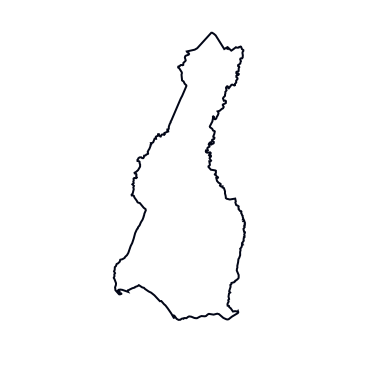 El Retén, Magdalena, Colombia (Albers equal-area conic projection), rotated 240°
{"feature_id": "7082276B19803419989566", "entity_name": "El Retén", "entity_type": "district", "adm_level": 2, "iso_a3": "COL", "parent_name": "Colombia", "parent_adm1": "Magdalena", "projection": "albers", "projection_center": [-74.323, 10.652], "detail": "fine", "context": "isolated", "style": "outline", "palette": "ink", "viewbox_px": 384, "rotation_deg": 240, "n_neighbors": 0, "source": "geoboundaries", "source_scale": "gbopen_adm2", "svg_char_len": 6056}
<svg xmlns="http://www.w3.org/2000/svg" viewBox="0 0 384 384"><g transform="rotate(240 192 192)"><path d="M252.6,179.1L250.6,176.6L250.3,175.8L248.9,173.7L247.4,173.3L247.0,172.8L247.3,171.3L246.9,170.0L247.4,168.7L246.0,167.5L245.7,166.7L246.2,165.8L247.5,165.3L248.2,163.8L248.0,162.4L247.6,162.0L247.1,160.8L246.1,160.3L245.1,161.5L244.5,161.7L243.0,161.0L241.7,160.8L239.9,159.7L237.9,156.2L237.4,153.8L237.4,151.9L236.7,151.7L235.8,152.6L235.2,152.7L234.4,152.4L233.8,151.6L232.1,151.5L231.9,150.6L233.0,149.0L232.8,148.1L231.0,147.2L230.4,146.4L228.9,146.0L228.5,144.2L226.3,144.8L225.2,143.4L223.6,143.0L220.4,139.9L219.8,138.3L219.1,138.1L218.4,139.3L217.7,139.7L216.0,139.4L211.9,139.8L210.5,139.7L209.8,140.0L208.5,141.3L202.5,142.3L200.4,143.2L199.2,142.8L197.1,140.0L195.4,138.5L195.2,138.0L194.6,137.6L192.8,135.4L191.3,132.6L189.3,129.9L188.3,127.4L187.5,126.8L187.3,125.7L184.8,122.2L180.7,118.1L177.7,114.7L175.8,111.8L171.1,106.4L169.8,104.1L169.2,101.6L168.6,100.6L168.6,98.1L169.2,96.0L167.8,94.6L167.2,92.3L167.3,90.7L165.9,89.1L165.5,87.6L163.2,86.1L162.3,84.8L160.2,84.8L159.6,83.6L157.8,82.7L156.8,81.3L155.2,81.3L151.0,80.6L149.5,79.6L147.9,77.7L145.2,76.6L139.9,77.7L139.4,78.3L139.1,79.7L139.3,80.7L139.7,79.0L140.1,79.2L140.7,78.7L141.1,79.2L142.0,79.5L142.9,79.0L143.4,79.2L143.8,78.9L144.0,79.5L143.3,81.2L142.1,82.7L137.5,86.7L138.5,86.7L138.9,87.3L138.7,87.9L138.3,87.6L138.7,88.1L138.7,89.1L138.5,92.2L137.9,94.6L138.2,95.3L137.7,97.9L137.9,99.4L134.3,101.2L133.0,102.5L131.6,102.8L127.6,104.7L125.2,106.3L121.3,107.8L113.5,109.6L112.9,110.9L108.7,111.7L107.1,112.3L103.4,112.8L97.3,113.3L92.2,113.3L92.0,113.9L93.4,113.8L94.0,114.6L93.4,114.9L89.8,115.3L88.0,116.4L87.2,118.0L87.4,119.7L86.9,121.3L86.5,121.4L86.7,122.3L85.5,124.2L85.8,125.8L85.7,127.3L84.4,129.0L81.7,131.1L80.6,132.5L80.2,133.4L80.1,136.6L79.8,138.2L77.9,141.0L77.6,142.2L78.1,144.4L78.0,145.7L75.0,149.4L74.0,153.0L72.7,154.3L67.3,156.2L64.6,158.1L63.8,159.1L63.5,160.1L64.1,164.3L64.2,171.1L64.8,172.0L65.8,172.2L65.6,171.8L67.3,169.7L68.0,167.7L71.9,167.4L73.6,166.7L74.9,167.0L75.7,166.0L76.9,166.5L77.7,167.2L78.7,168.9L80.2,169.3L80.7,170.6L83.1,171.3L85.7,173.4L85.8,174.8L87.5,174.6L90.6,178.0L92.3,178.7L92.4,179.8L93.5,180.7L92.8,183.3L93.1,184.0L93.0,184.7L93.5,185.1L93.5,186.7L94.0,189.0L94.7,189.7L96.8,190.9L101.6,191.5L103.1,192.6L103.7,193.4L105.4,194.3L108.1,196.8L110.6,198.6L111.3,199.9L113.2,202.1L115.9,203.6L117.5,205.1L118.7,205.3L119.4,207.2L121.2,209.0L121.1,209.5L121.9,209.3L122.3,210.0L122.8,209.9L123.9,212.4L124.3,212.4L126.3,213.8L126.7,214.9L127.3,214.8L127.7,215.6L129.1,216.0L130.4,217.6L131.0,217.7L131.4,217.2L134.3,218.1L135.2,220.0L136.1,220.4L136.6,220.9L136.8,220.5L137.7,221.6L138.3,221.8L138.6,222.4L140.5,222.7L141.0,222.0L141.5,222.9L142.7,222.9L142.9,222.5L143.4,223.1L145.3,223.5L146.1,224.0L147.1,223.8L148.3,224.1L149.0,224.0L150.4,225.0L150.8,224.9L150.8,224.5L151.7,224.1L153.9,223.8L154.2,224.2L155.1,224.3L156.2,225.2L157.4,224.7L158.5,223.8L159.1,223.8L161.4,224.4L161.9,225.2L164.7,226.1L166.6,221.0L168.8,218.7L169.8,218.3L171.8,219.2L174.4,219.9L176.0,220.9L179.4,221.6L180.6,220.7L181.6,221.3L182.2,220.0L183.1,219.5L183.7,219.5L184.1,220.5L184.8,220.8L186.9,219.6L189.1,219.2L191.9,220.0L191.3,221.3L191.6,221.8L192.0,221.8L193.1,221.1L194.7,221.2L195.3,220.6L195.9,220.6L196.5,222.2L198.5,223.3L199.1,222.9L201.9,219.5L205.4,218.8L206.0,219.1L206.2,220.6L206.6,221.1L209.9,222.3L209.3,223.4L209.6,224.2L212.3,224.0L213.0,224.7L213.2,226.1L213.8,226.5L214.4,226.4L214.8,225.2L215.4,225.1L216.0,226.3L215.9,227.1L216.4,227.7L217.3,227.5L218.2,225.3L218.9,224.4L219.5,224.1L220.4,224.3L221.0,224.9L220.2,226.1L220.2,226.6L221.8,226.9L222.3,227.3L222.6,228.0L222.5,229.7L223.0,230.2L224.9,230.3L225.5,231.1L225.9,232.7L225.7,233.3L225.2,233.2L224.2,232.2L223.8,232.2L223.4,232.6L223.6,234.1L223.3,234.7L223.6,235.4L224.6,235.9L225.9,235.2L226.9,235.2L227.2,235.9L226.9,237.6L227.1,238.0L227.9,238.6L229.1,238.0L229.6,238.3L231.0,240.2L233.0,242.0L233.4,242.0L234.7,241.0L236.7,241.1L239.0,240.0L239.9,240.2L242.9,244.9L245.6,247.2L246.8,247.8L246.9,248.2L246.1,248.6L244.7,248.0L243.8,248.0L243.4,248.5L243.5,249.7L244.6,250.9L245.6,252.8L246.9,254.3L247.7,254.6L249.0,254.5L248.5,256.5L249.0,259.1L249.0,260.8L249.8,262.0L251.9,262.1L252.3,262.4L252.1,265.7L253.3,266.6L254.0,266.8L254.6,266.4L255.1,265.2L257.5,265.6L258.1,266.4L258.8,268.7L259.9,269.3L260.6,270.1L262.1,271.0L262.7,272.7L265.2,273.5L265.6,274.0L266.0,275.1L265.8,275.6L265.2,275.8L263.9,275.4L263.4,275.7L265.1,279.8L264.7,280.8L263.1,281.9L263.0,282.6L264.2,283.3L264.7,285.0L266.3,285.9L267.2,288.0L267.9,288.3L269.4,287.9L270.5,288.6L270.2,290.7L270.7,291.5L271.3,291.3L272.1,289.9L272.8,289.8L273.7,290.4L273.8,291.0L273.3,292.3L273.5,292.9L275.9,294.4L276.5,295.4L277.1,295.5L278.0,294.9L278.8,295.3L279.1,298.0L280.3,299.0L280.8,299.8L282.7,300.0L283.3,300.6L283.2,301.5L282.7,302.2L283.1,303.1L285.0,304.4L287.2,305.2L287.9,305.8L288.5,307.0L289.2,307.4L290.8,306.7L293.1,307.1L293.6,306.9L294.0,305.1L293.7,304.6L294.6,303.0L295.4,302.4L294.8,297.7L294.8,296.7L298.8,295.5L298.0,294.6L299.3,293.6L299.7,293.9L299.7,291.4L315.8,290.8L318.1,290.0L320.3,288.8L320.5,289.1L313.9,268.4L313.9,265.5L316.3,257.8L315.3,257.8L313.7,258.6L313.0,258.5L312.6,257.7L313.1,255.0L312.9,253.9L311.9,253.0L309.2,252.4L308.8,251.9L308.1,249.1L306.4,247.9L306.5,247.2L307.3,246.3L307.6,245.5L307.2,244.5L307.5,242.9L307.1,242.4L306.5,242.3L305.7,242.8L300.7,243.0L299.6,242.4L298.9,241.6L293.6,239.2L291.9,240.0L289.5,239.8L287.3,240.4L286.7,240.2L286.1,239.5L280.2,231.6L278.5,228.9L264.2,209.8L263.7,208.8L262.9,208.3L262.4,207.2L260.3,204.7L258.4,203.5L258.1,202.9L258.5,201.9L257.6,201.4L256.9,201.9L256.3,201.7L256.9,197.6L256.6,197.2L255.7,197.3L255.4,196.5L256.5,195.4L256.8,194.4L255.7,192.6L256.0,192.3L257.4,191.9L258.7,192.2L259.0,191.5L257.7,190.5L258.0,188.7L257.8,188.2L256.1,187.5L256.9,186.3L254.5,183.3L254.4,182.0L254.9,180.8L253.5,180.4L253.4,179.5L252.6,179.1Z" fill="none" stroke="#020617" stroke-width="2"/></g></svg>